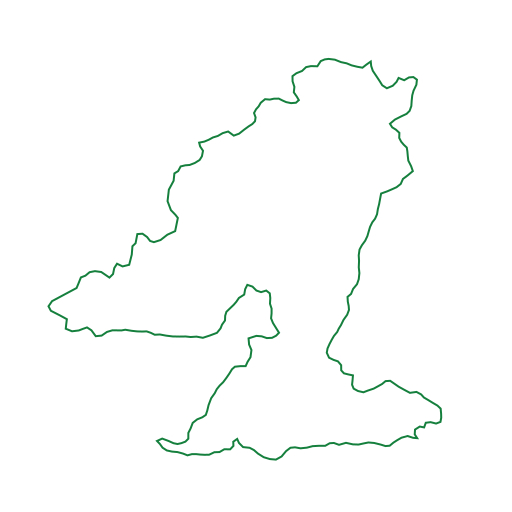 Bandeira, Minas Gerais, Brazil, rotated 276°
{"feature_id": "56859067B30982506378095", "entity_name": "Bandeira", "entity_type": "district", "adm_level": 2, "iso_a3": "BRA", "parent_name": "Brazil", "parent_adm1": "Minas Gerais", "projection": "albers", "projection_center": [-40.598, -15.864], "detail": "fine", "context": "isolated", "style": "outline", "palette": "green", "viewbox_px": 512, "rotation_deg": 276, "n_neighbors": 0, "source": "geoboundaries", "source_scale": "gbopen_adm2", "svg_char_len": 4350}
<svg xmlns="http://www.w3.org/2000/svg" viewBox="0 0 512 512"><g transform="rotate(276 256 256)"><path d="M163.8,74.4L161.9,80.9L163.4,87.5L165.3,91.2L167.3,95.4L164.9,100.1L159.5,105.0L160.7,110.8L164.9,115.7L167.1,121.0L167.5,125.4L167.9,129.9L169.0,133.7L168.6,140.1L168.6,145.8L169.0,151.0L169.6,155.1L168.6,159.4L167.1,163.5L167.9,168.6L167.4,175.0L167.3,181.6L167.9,188.6L168.6,194.4L168.6,199.5L169.6,205.3L169.1,211.7L172.1,218.4L175.5,225.2L180.3,228.3L184.2,229.4L188.6,231.9L193.4,231.6L197.4,232.4L201.8,236.1L205.1,238.9L208.4,241.2L212.5,243.4L216.4,248.3L221.9,248.7L226.4,250.4L225.2,255.7L221.7,260.0L220.6,264.8L222.7,269.8L220.3,273.6L215.7,274.6L210.0,274.9L205.3,277.0L200.4,277.5L195.6,277.5L191.1,279.9L186.7,283.3L182.1,286.9L178.8,284.3L176.3,280.5L175.5,275.3L176.7,270.1L176.6,264.7L173.3,257.2L167.2,258.4L162.0,261.3L154.8,261.1L149.9,258.7L145.4,257.2L144.9,252.3L143.7,246.6L140.9,244.0L136.1,241.7L131.7,239.3L127.0,236.5L123.3,233.4L119.4,230.9L115.2,229.3L109.9,226.3L102.7,224.4L97.2,223.7L92.7,222.7L90.0,219.5L87.4,214.6L83.4,210.5L77.7,209.0L73.0,207.2L67.2,207.8L64.0,205.2L62.1,201.4L60.8,197.6L61.2,193.5L62.9,188.4L64.6,181.8L61.7,176.9L59.0,180.1L55.6,183.1L53.3,187.6L52.7,192.9L52.8,198.4L51.9,204.0L50.6,208.7L52.3,213.1L52.7,217.2L52.7,221.5L52.9,225.5L53.5,230.2L56.5,235.1L57.2,240.2L60.5,244.7L61.0,250.5L64.8,253.4L68.9,252.8L72.1,256.4L68.3,258.6L64.6,263.1L64.6,269.7L62.8,274.2L59.7,278.6L56.7,284.7L55.5,291.0L55.6,297.1L59.3,302.4L65.1,306.3L68.9,310.3L69.8,314.8L69.4,320.4L70.7,326.6L72.8,332.2L73.9,338.9L74.5,344.7L77.5,348.9L78.2,353.0L76.9,358.3L79.6,365.0L78.8,372.0L79.2,377.7L80.9,382.8L82.3,387.3L82.4,393.1L81.5,399.7L80.5,404.6L81.3,408.8L84.8,412.2L87.6,415.7L90.5,419.7L92.8,425.5L91.6,431.3L91.7,435.3L95.2,432.5L100.0,432.3L103.5,436.7L103.1,441.1L107.9,442.3L109.0,447.0L108.2,452.6L110.3,456.8L114.5,457.1L118.4,456.6L123.5,455.6L126.2,452.1L128.7,446.6L130.9,442.0L132.8,437.8L135.6,434.7L137.6,429.8L136.0,423.4L138.4,417.5L140.9,411.6L143.6,406.7L145.9,402.5L145.1,397.9L141.9,394.8L139.3,391.1L136.4,386.9L133.8,381.2L131.7,377.1L132.4,371.5L134.3,367.0L138.0,365.0L142.6,365.0L147.4,364.9L147.9,360.0L148.5,355.7L151.2,352.7L156.3,352.1L159.8,348.5L160.8,344.0L162.5,339.3L167.2,336.5L171.5,336.8L176.4,338.4L180.9,340.2L184.7,341.9L188.9,344.7L192.4,345.9L196.1,347.7L201.6,349.7L207.1,352.8L212.1,354.1L216.0,353.4L220.1,352.1L224.9,351.3L228.2,354.5L233.4,356.0L238.5,359.4L243.6,360.6L249.8,360.6L255.5,359.4L261.9,359.0L267.4,358.1L273.3,358.3L277.8,360.2L282.6,363.0L287.5,364.7L291.5,365.4L296.9,366.4L301.6,368.1L305.5,370.5L310.1,372.0L315.6,372.3L320.3,373.0L325.3,373.4L331.2,373.9L334.0,379.7L336.7,384.5L339.1,388.6L342.8,392.4L348.0,394.1L351.8,398.2L356.8,403.1L361.5,400.9L366.8,397.5L371.3,396.5L375.9,395.6L379.6,394.6L382.2,391.2L384.9,388.4L388.4,386.1L393.5,385.7L396.3,381.9L398.2,378.0L401.5,375.4L406.2,379.9L410.2,386.1L413.1,390.9L416.4,393.6L421.3,394.8L426.9,394.6L432.2,394.6L436.9,395.4L443.1,397.6L448.2,397.6L450.4,393.8L449.6,389.5L446.3,385.0L448.0,379.2L443.9,377.6L439.6,374.2L436.5,368.6L439.0,363.7L442.5,361.0L447.0,357.3L452.4,352.8L457.0,350.7L461.4,349.8L457.9,345.8L454.4,342.2L454.8,336.9L455.6,331.1L457.1,326.0L457.7,320.3L459.5,313.9L459.6,307.6L458.7,303.8L456.6,300.0L451.1,297.2L450.6,290.8L449.1,286.1L444.8,282.4L442.0,277.1L438.7,273.5L433.6,274.1L428.2,276.5L422.7,276.5L418.8,279.9L415.5,282.3L412.6,279.7L411.7,274.9L412.2,269.9L413.4,266.2L414.9,262.2L414.3,257.3L413.0,253.4L412.9,248.6L408.9,244.7L405.1,243.0L401.9,240.7L398.0,239.1L393.8,241.1L389.9,240.9L386.8,238.5L384.3,235.3L380.5,231.1L375.9,226.4L373.4,221.3L376.9,215.3L374.7,210.0L371.4,205.5L369.4,200.8L366.7,196.9L364.4,192.7L362.8,187.6L359.1,189.0L355.1,192.3L349.5,191.8L345.6,189.9L342.1,185.4L339.6,180.5L338.8,176.2L337.2,171.7L332.3,169.7L329.6,166.2L322.2,166.2L312.9,162.4L301.3,162.3L292.7,166.6L288.6,171.5L285.7,174.3L272.3,173.0L267.9,165.6L261.9,159.4L259.1,153.0L259.9,149.1L263.5,145.7L266.3,140.8L265.4,135.7L256.1,134.9L252.8,132.1L244.4,132.3L234.0,130.8L231.7,124.4L233.8,118.6L229.2,116.3L223.1,115.7L219.2,112.5L223.9,103.8L224.1,97.4L222.5,92.2L218.6,88.4L216.4,84.1L209.7,82.2L205.4,80.9L189.8,57.9L184.3,54.9L180.1,57.7L176.7,66.5L173.4,74.5L168.7,74.4L163.8,74.4Z" fill="none" stroke="#15803d" stroke-width="2"/></g></svg>